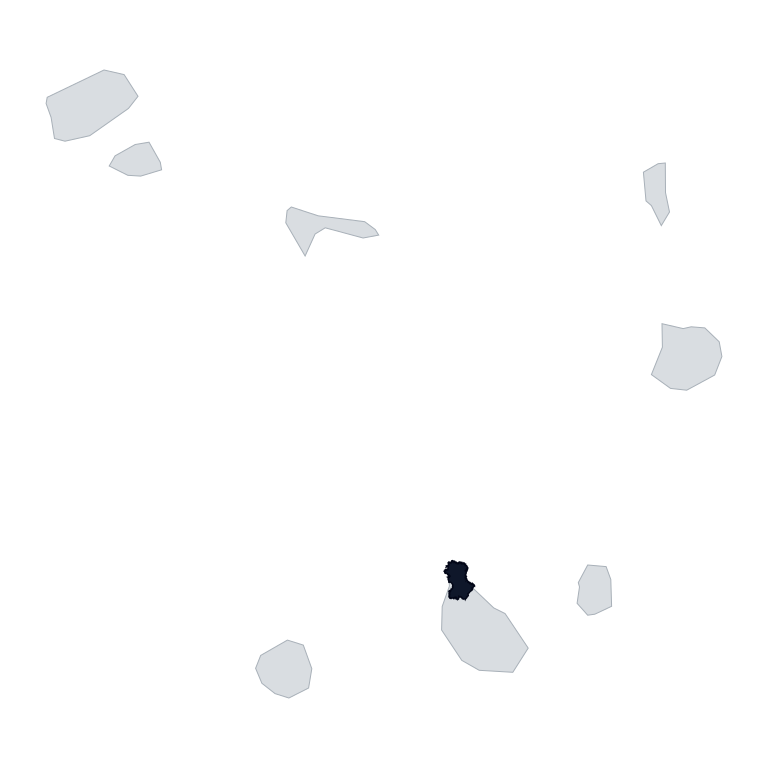 Santo Amaro Abade, Tarrafal, Cabo Verde (highlighted)
{"feature_id": "66160863B37752467633472", "entity_name": "Santo Amaro Abade", "entity_type": "district", "adm_level": 2, "iso_a3": "CPV", "parent_name": "Cabo Verde", "parent_adm1": "Tarrafal", "projection": "mercator", "projection_center": [-23.726, 15.266], "detail": "fine", "context": "in_parent", "style": "filled", "palette": "ink", "viewbox_px": 768, "rotation_deg": 0, "n_neighbors": 0, "source": "geoboundaries", "source_scale": "gbopen_adm2", "svg_char_len": 6634}
<svg xmlns="http://www.w3.org/2000/svg" viewBox="0 0 768 768"><path d="M528.2,648.1L512.8,672.3L479.2,670.3L461.8,660.4L441.6,630.0L442.2,606.5L449.4,586.1L448.1,568.4L451.0,563.7L461.4,566.8L463.0,578.7L493.7,607.9L505.1,613.6L528.2,648.1ZM89.7,135.7L65.0,141.2L54.5,138.5L51.1,117.4L46.1,103.5L47.2,97.3L104.0,70.0L124.1,74.6L138.0,96.3L128.5,108.4L89.7,135.7ZM662.0,323.7L683.2,328.6L691.2,326.8L704.8,327.9L719.2,341.8L721.9,356.5L714.7,375.0L686.7,390.2L670.5,388.4L651.4,374.6L662.4,347.2L662.0,323.7ZM308.6,688.0L288.9,698.0L275.0,693.6L261.9,683.3L255.6,668.3L260.7,655.4L287.4,640.1L303.3,645.1L311.8,668.7L308.6,688.0ZM364.7,221.7L375.2,229.5L378.7,235.1L363.1,238.0L325.2,227.8L315.1,234.0L305.1,256.0L285.8,222.8L287.1,210.6L291.3,207.0L318.1,215.8L364.7,221.7ZM594.8,614.2L587.7,615.2L577.1,603.3L579.5,586.9L578.3,582.6L587.7,565.0L606.1,566.6L610.8,579.5L611.6,606.3L594.8,614.2ZM161.6,169.8L140.7,176.1L127.8,175.3L109.2,166.0L115.1,155.8L135.2,144.5L149.0,142.2L160.3,162.3L161.6,169.8ZM669.5,212.0L661.3,225.6L651.4,205.6L646.0,200.9L643.4,172.2L658.1,163.7L665.3,163.0L665.5,192.6L669.5,212.0Z" fill="#d9dde1" stroke="#a8b0b8" stroke-width="1"/><path d="M465.3,599.3L465.6,598.7L465.8,598.6L465.8,598.4L466.2,598.2L466.9,597.4L466.9,596.8L467.1,596.5L467.6,596.4L468.3,595.5L468.2,594.7L467.7,594.0L467.7,593.7L469.2,592.8L469.7,591.9L470.4,591.3L470.6,590.9L471.2,590.8L471.8,590.3L471.9,590.0L472.1,589.9L472.1,589.6L472.6,589.1L472.7,588.8L471.8,588.0L473.5,587.0L473.9,585.7L474.2,585.7L474.5,585.9L474.5,585.6L474.2,585.1L473.9,585.3L473.6,585.0L473.6,584.6L473.3,584.1L472.8,583.9L472.6,584.1L472.6,583.8L472.4,583.7L472.2,583.3L471.9,583.5L471.9,583.9L471.7,584.0L471.9,584.3L471.6,584.4L471.4,584.0L471.5,583.7L471.3,583.5L471.1,583.4L471.0,583.7L470.7,583.3L470.4,583.5L470.1,583.3L469.9,583.4L469.9,583.1L470.1,582.9L469.7,582.5L469.5,582.8L469.6,582.6L469.4,582.6L468.9,582.7L468.6,582.1L468.3,582.4L468.2,582.4L468.3,581.9L468.0,581.9L468.1,581.6L467.8,581.3L467.7,581.0L467.6,580.8L467.3,580.5L467.1,580.5L467.1,580.0L467.0,579.9L466.6,580.2L466.8,579.7L466.4,579.3L466.5,579.1L466.5,578.8L466.2,578.8L466.4,578.6L466.1,578.3L466.1,578.1L465.9,578.0L466.1,577.9L466.1,577.5L465.8,577.6L465.9,577.3L465.7,577.2L465.9,577.1L466.1,576.8L465.7,576.8L465.8,576.3L465.5,576.4L465.6,575.8L465.7,575.5L465.5,575.3L465.7,575.2L465.7,574.9L465.4,574.9L465.3,574.5L465.5,574.0L465.9,573.7L465.9,573.4L466.1,573.3L466.1,572.9L466.1,572.7L466.3,572.0L466.2,571.8L466.5,571.4L465.8,571.3L465.3,570.9L465.3,570.7L465.4,570.4L465.8,570.1L466.1,570.2L466.3,570.1L467.0,570.4L467.0,570.2L467.4,569.7L467.4,569.3L467.2,569.1L467.4,569.1L467.6,568.8L467.6,568.7L467.8,568.1L467.3,567.8L467.5,567.4L467.0,566.8L467.0,566.4L466.5,566.1L466.7,565.9L466.6,565.7L466.1,565.5L466.0,565.3L465.8,565.1L465.5,565.1L465.5,564.9L465.4,565.0L465.4,564.7L465.2,564.6L465.1,564.3L464.9,564.4L464.6,564.2L464.5,564.3L464.2,563.9L464.3,563.7L464.6,563.5L464.5,563.3L464.3,563.1L464.1,563.2L463.8,563.0L463.7,563.5L463.4,563.8L462.7,563.8L462.5,563.6L461.9,563.8L461.8,563.5L461.6,563.6L461.5,563.4L461.6,563.2L461.8,563.3L462.1,563.0L462.1,562.7L461.8,562.8L461.6,562.5L461.4,562.5L461.1,562.7L461.0,562.3L460.9,562.3L460.6,562.6L460.6,562.3L459.9,562.0L459.5,562.0L459.4,562.3L459.0,562.2L458.8,562.4L458.7,562.9L458.9,563.2L458.8,563.5L458.5,563.6L458.1,563.4L458.0,563.8L457.7,563.8L457.1,563.6L457.1,563.1L456.8,563.0L457.0,562.8L456.2,562.6L455.7,562.9L455.6,562.7L455.7,562.4L455.4,562.5L455.3,562.3L455.1,562.6L454.7,562.3L454.8,562.0L454.7,561.7L454.0,562.3L453.9,561.7L453.8,561.8L453.6,561.7L453.4,561.4L453.5,561.2L453.3,561.2L453.2,561.0L452.5,560.6L451.9,560.8L452.1,561.5L451.7,561.5L451.7,562.0L451.9,562.2L451.8,562.4L451.5,562.4L451.3,562.1L451.1,562.6L450.9,562.4L450.7,562.5L450.7,562.8L450.4,562.6L450.4,562.9L450.2,562.8L450.3,562.6L450.1,562.4L449.2,562.7L449.0,562.4L448.9,562.6L448.7,562.5L448.6,563.3L448.4,563.3L448.6,563.6L448.5,563.9L448.4,563.8L448.4,564.1L449.0,564.5L449.2,564.8L448.9,564.9L448.7,564.7L448.6,565.2L448.3,565.1L448.1,565.4L448.3,565.6L448.2,565.7L448.5,566.0L448.4,566.2L448.1,566.3L447.9,566.2L447.9,566.4L447.5,566.6L447.4,566.5L447.2,566.0L446.8,565.8L446.3,566.0L446.7,566.7L446.5,567.0L447.3,566.8L447.5,567.0L448.0,567.1L448.3,567.4L448.3,568.1L447.9,568.6L447.9,569.7L447.4,570.1L447.1,570.2L446.9,570.0L446.8,569.8L446.6,569.8L446.6,569.7L446.4,569.8L446.3,569.6L446.1,569.8L445.7,569.8L445.6,569.7L445.4,570.2L445.2,570.2L445.4,570.5L445.3,570.8L445.0,570.8L444.5,570.9L444.6,571.2L444.3,571.4L444.6,571.7L445.0,571.6L444.9,571.7L445.1,571.9L445.1,572.2L444.8,572.8L445.0,573.1L445.6,573.4L446.1,573.3L446.2,573.5L446.2,573.4L446.7,573.3L446.9,573.4L446.8,573.6L447.0,573.3L447.7,573.8L447.6,574.1L447.8,574.2L447.7,574.4L448.3,574.6L448.3,574.8L448.7,574.7L449.0,575.1L449.3,575.3L449.2,575.4L449.4,575.4L449.6,575.5L449.8,575.8L449.9,576.0L449.6,576.0L449.5,576.5L449.4,576.5L449.3,576.4L449.3,576.6L449.2,576.5L448.5,576.6L448.1,576.8L448.1,577.1L448.4,577.2L448.3,577.5L448.2,577.5L448.5,577.7L448.2,577.9L448.3,578.3L448.1,579.0L448.9,581.5L448.8,582.1L449.2,582.4L449.8,581.9L450.8,582.3L451.9,583.3L452.2,583.9L452.4,584.0L452.5,584.4L452.7,584.5L452.8,584.9L452.7,585.4L453.0,586.0L452.7,586.2L452.6,586.6L452.5,586.8L452.6,587.2L452.5,587.7L452.8,587.8L452.6,588.2L451.8,589.4L451.5,589.5L451.4,589.4L451.4,589.7L451.0,590.0L450.6,590.3L450.5,590.2L450.3,590.4L450.2,590.4L450.1,590.5L449.7,590.7L449.8,590.8L449.6,590.8L449.7,591.0L449.4,591.2L449.6,591.3L449.4,591.4L449.4,591.6L449.5,591.6L449.4,591.7L449.6,591.8L449.4,591.9L449.5,592.0L449.4,592.1L449.6,592.3L449.2,592.5L449.1,593.0L449.3,593.3L449.2,593.5L449.5,593.7L449.4,593.8L449.2,594.1L449.4,594.4L449.2,594.5L449.3,594.8L449.7,594.9L449.6,595.2L449.4,595.1L449.1,595.4L449.2,596.1L449.0,596.4L449.0,596.7L449.5,597.2L449.4,597.4L449.8,597.7L449.8,597.8L450.2,597.7L450.3,598.3L450.6,598.4L450.8,598.2L450.9,598.4L451.1,598.5L451.6,597.9L452.0,597.9L452.3,598.1L453.1,597.8L453.5,598.1L453.7,598.5L453.9,598.7L454.2,598.3L454.4,597.5L455.1,597.2L455.3,597.4L455.5,597.4L455.4,597.5L455.5,597.8L455.9,597.7L455.8,597.9L456.1,598.0L456.0,598.4L456.3,598.4L456.2,598.7L456.5,598.7L456.4,598.9L456.7,599.0L457.3,599.5L457.7,599.3L457.7,599.5L457.9,599.4L458.5,598.9L458.5,598.7L458.4,598.6L458.5,598.3L458.4,598.0L458.8,597.7L458.9,597.0L459.2,597.0L458.9,596.5L458.9,596.3L459.1,596.4L459.9,596.7L460.5,596.6L460.7,596.9L461.0,596.9L461.1,597.2L462.0,597.8L462.0,598.2L462.2,598.5L462.6,598.4L463.0,599.0L463.6,599.1L464.8,598.7L465.2,598.9L465.3,599.3Z" fill="#0f172a" stroke="#020617" stroke-width="1.5"/></svg>